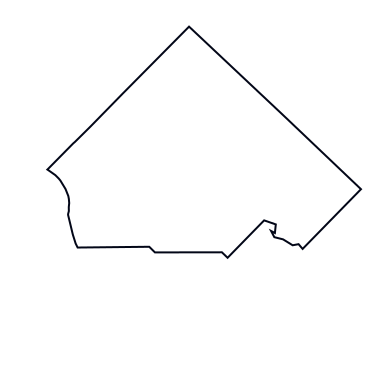 St. Clair, Illinois, United States of America, rotated 314°
{"feature_id": "52423323B37622799423649", "entity_name": "St. Clair", "entity_type": "district", "adm_level": 2, "iso_a3": "USA", "parent_name": "United States of America", "parent_adm1": "Illinois", "projection": "albers", "projection_center": [-90.081, 38.44], "detail": "fine", "context": "isolated", "style": "outline", "palette": "ink", "viewbox_px": 384, "rotation_deg": 314, "n_neighbors": 0, "source": "geoboundaries", "source_scale": "gbopen_adm2", "svg_char_len": 647}
<svg xmlns="http://www.w3.org/2000/svg" viewBox="0 0 384 384"><g transform="rotate(314 192 192)"><path d="M227.9,311.1L311.4,311.6L310.6,204.9L308.9,75.0L215.0,73.8L168.9,73.5L146.6,73.0L144.5,72.8L107.7,72.4L107.8,72.9L107.8,73.0L109.2,82.0L109.1,86.9L108.8,89.4L106.3,98.9L105.4,100.9L103.2,105.8L101.5,108.2L98.7,111.4L97.4,112.4L95.5,113.9L92.7,116.7L90.4,118.0L89.5,118.7L79.0,135.2L78.4,136.2L75.2,142.1L74.1,144.1L72.6,148.3L122.9,199.3L122.8,207.3L169.4,255.4L169.4,263.3L221.7,263.6L226.9,274.8L220.1,280.1L218.9,276.0L216.7,282.6L221.2,290.4L223.6,301.4L228.5,304.9L227.9,311.1Z" fill="none" stroke="#020617" stroke-width="2"/></g></svg>